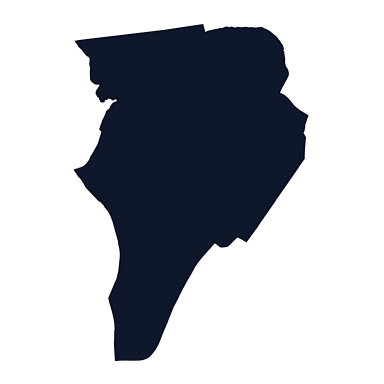 Sam Khok, Pathum Thani, Thailand (Natural Earth projection), rotated 269°
{"feature_id": "78962969B46863562743869", "entity_name": "Sam Khok", "entity_type": "district", "adm_level": 2, "iso_a3": "THA", "parent_name": "Thailand", "parent_adm1": "Pathum Thani", "projection": "natural_earth1", "projection_center": [100.554, 14.08], "detail": "fine", "context": "isolated", "style": "filled", "palette": "ink", "viewbox_px": 384, "rotation_deg": 269, "n_neighbors": 0, "source": "geoboundaries", "source_scale": "gbopen_adm2", "svg_char_len": 5922}
<svg xmlns="http://www.w3.org/2000/svg" viewBox="0 0 384 384"><g transform="rotate(269 192 192)"><path d="M341.4,80.6L340.5,81.2L340.0,81.4L339.7,81.5L336.9,84.4L336.0,85.2L333.8,86.7L333.3,86.9L332.6,87.7L330.9,89.0L330.4,89.6L330.1,90.1L328.9,91.9L328.6,92.1L327.7,92.5L325.6,92.7L324.1,92.6L322.8,92.4L322.1,92.2L321.9,92.2L321.0,92.4L319.6,92.6L317.5,93.1L315.9,93.0L314.1,92.6L313.1,92.6L312.2,92.8L311.6,92.8L310.9,92.6L310.6,92.6L310.3,92.7L306.1,92.9L305.8,93.0L305.4,93.4L304.9,94.0L304.2,94.5L304.0,94.4L303.9,94.4L303.8,94.8L303.1,95.8L302.7,96.6L302.4,96.5L302.1,96.9L301.9,97.7L301.8,99.0L301.8,100.7L301.3,101.8L301.0,102.8L300.9,103.0L300.7,103.0L300.5,102.9L300.3,102.3L300.1,102.1L298.6,101.4L298.3,101.1L297.7,100.5L297.2,100.3L296.4,100.1L296.2,99.9L295.8,99.3L295.5,99.0L293.9,98.3L293.4,98.2L292.8,98.2L292.7,98.1L292.2,98.1L291.9,98.3L291.2,98.7L290.8,98.8L289.4,99.5L288.8,100.1L288.4,101.0L287.8,101.5L287.3,101.4L286.7,101.4L286.3,101.6L286.1,101.9L286.0,102.2L286.0,103.1L285.9,103.0L285.5,102.5L285.2,102.3L284.9,102.3L284.3,102.4L284.1,102.6L284.0,102.8L283.9,103.7L283.8,105.2L284.4,105.7L284.6,105.6L284.7,105.4L284.9,105.4L285.2,105.4L285.7,105.5L286.0,106.3L286.0,106.6L286.0,106.8L286.0,107.1L286.1,107.4L286.1,107.6L286.5,108.4L286.6,108.7L287.2,109.6L287.8,109.9L288.1,109.9L288.2,110.1L288.2,110.4L288.0,110.6L287.8,110.8L287.4,111.2L287.2,112.0L287.3,112.7L287.2,113.0L286.2,113.5L286.0,113.8L285.8,114.4L285.8,114.8L285.9,115.2L286.5,116.2L286.6,116.4L286.6,117.0L286.7,117.7L287.2,118.1L287.6,118.2L287.7,118.4L287.7,118.7L287.5,118.9L287.1,119.0L285.5,119.0L284.6,119.1L283.3,119.5L283.2,118.3L283.0,117.0L282.7,116.2L282.1,115.2L281.2,114.1L280.4,113.5L279.7,113.0L279.0,112.7L278.7,112.1L278.0,112.1L277.1,111.9L276.1,111.0L275.2,109.8L274.3,108.6L273.4,108.0L271.0,107.3L269.3,106.3L265.9,104.8L265.4,104.3L262.6,103.4L258.1,101.6L256.2,101.1L254.3,103.3L253.6,103.2L242.3,99.5L240.9,98.9L235.1,95.6L231.2,93.2L228.3,91.3L227.4,91.1L226.2,90.6L224.6,89.6L221.5,87.0L220.1,85.6L219.1,84.2L218.2,82.2L216.1,75.1L209.5,79.2L209.2,79.5L209.0,80.0L206.9,81.8L203.9,83.5L202.4,84.5L199.5,86.0L197.9,87.1L184.7,99.2L184.6,99.4L184.8,100.2L184.7,100.4L182.9,101.8L180.7,103.9L178.3,105.2L175.0,107.9L172.3,109.5L170.1,110.5L167.7,111.4L164.4,112.6L144.3,117.8L140.5,118.2L136.3,119.1L131.1,119.5L128.7,119.4L119.0,118.3L113.8,117.6L106.3,115.7L103.1,114.1L87.4,107.2L82.6,108.2L73.1,110.8L66.2,112.2L63.0,112.7L56.9,113.0L53.0,112.5L49.5,112.5L46.6,112.4L42.2,112.0L25.1,112.7L25.4,118.8L25.1,132.2L25.1,136.5L25.4,138.8L25.9,140.9L27.0,143.9L28.2,146.0L30.2,148.0L32.7,150.2L35.7,152.4L40.8,155.4L41.0,155.4L42.3,156.1L49.3,158.9L55.7,161.7L57.3,162.4L60.9,164.0L62.5,164.8L65.1,165.7L71.3,168.4L75.1,169.9L77.4,170.9L79.2,171.9L82.5,173.8L84.0,174.5L85.2,175.2L86.5,175.8L87.1,176.2L89.0,177.1L95.3,180.4L105.3,186.1L106.7,187.1L107.7,187.6L109.3,188.7L112.2,190.3L118.1,193.6L118.6,194.1L120.9,195.6L124.6,198.6L127.0,200.7L128.6,202.0L131.1,204.5L132.6,205.7L133.7,206.7L135.6,208.7L137.5,210.2L141.4,213.9L138.8,217.1L137.3,219.0L136.9,219.6L136.7,220.1L136.7,220.8L137.1,225.4L137.5,226.5L137.8,227.0L138.4,227.6L139.4,228.8L140.2,229.7L144.2,233.8L146.0,235.7L146.5,236.3L146.6,236.5L146.4,237.1L144.4,241.0L141.6,245.4L148.9,250.8L150.0,251.8L150.3,251.9L151.7,252.9L152.0,253.2L152.4,253.4L155.1,255.6L156.5,256.6L159.2,258.4L160.0,258.9L162.2,260.6L163.4,261.4L164.2,262.1L165.5,262.9L169.2,265.6L177.2,271.4L179.0,272.7L180.5,273.7L182.6,275.2L183.6,275.8L187.0,278.4L188.6,279.4L192.6,282.4L193.7,283.0L194.1,283.5L195.6,284.5L198.5,286.7L200.5,288.0L202.9,289.8L207.9,293.4L210.0,294.9L210.7,295.5L211.3,295.7L212.4,296.7L213.1,297.1L213.5,297.4L215.3,298.7L216.4,299.3L219.0,301.3L220.6,302.4L223.2,304.4L223.7,304.6L226.3,304.6L226.8,304.6L227.5,304.6L227.9,304.7L231.5,304.8L233.8,305.1L235.1,305.1L236.9,305.4L237.9,305.5L239.9,305.7L241.7,305.8L242.7,306.0L244.5,306.1L244.8,306.0L245.9,305.6L248.3,304.0L248.7,303.9L249.0,303.8L250.4,304.2L251.5,304.9L252.1,305.0L253.3,305.2L254.0,305.4L256.2,305.7L256.7,305.6L257.4,305.6L257.9,305.7L259.0,306.2L259.1,306.3L259.6,306.6L260.7,306.9L261.0,307.0L261.5,307.2L262.7,307.6L263.5,307.7L264.0,307.9L264.4,308.3L266.3,308.9L268.9,304.8L271.3,300.9L273.9,297.7L275.3,296.2L276.5,295.0L281.3,291.3L283.3,289.6L285.1,287.7L286.3,286.4L287.2,285.1L287.9,284.0L288.8,282.0L289.3,280.6L294.4,283.1L305.8,289.5L306.5,289.9L307.6,290.1L308.5,290.2L309.5,290.2L312.6,289.4L313.2,289.1L314.1,288.4L315.2,287.8L316.2,287.4L318.7,286.7L320.0,286.6L322.4,286.7L323.5,286.7L328.4,286.1L329.3,285.8L330.4,286.0L330.6,285.9L330.8,285.7L330.9,285.2L331.1,285.0L331.6,284.7L331.9,284.8L332.8,285.2L333.0,285.6L333.4,285.5L333.4,285.2L333.7,285.1L333.9,285.1L334.0,285.4L334.2,285.5L334.9,285.2L335.7,285.1L336.5,284.8L337.4,284.5L338.3,283.8L338.9,283.1L340.5,282.4L341.6,281.7L341.9,281.1L342.4,280.7L342.7,280.5L343.1,280.5L343.3,280.4L344.1,279.6L344.9,279.2L345.2,279.0L348.3,275.3L349.5,274.0L349.6,273.6L350.3,273.1L350.5,272.9L351.2,271.7L352.0,270.7L352.5,269.6L353.0,268.7L354.2,265.8L354.7,265.3L354.9,264.8L355.0,264.5L354.9,261.9L354.6,259.2L354.5,258.0L354.6,257.2L354.9,256.2L354.9,255.6L355.0,254.0L355.0,252.6L354.9,252.0L354.9,251.5L355.4,249.3L355.4,248.7L355.4,248.1L355.2,245.7L355.1,244.5L355.2,243.1L355.5,241.5L355.5,240.4L355.4,239.8L355.0,238.8L354.8,238.1L354.9,237.7L355.3,236.6L355.6,235.3L356.0,234.2L355.9,233.8L355.3,233.0L355.2,232.7L355.2,232.4L355.7,231.2L355.8,230.7L356.0,229.7L356.0,229.0L355.8,228.2L355.0,226.0L354.6,224.8L354.6,224.3L354.7,223.6L354.7,223.1L354.5,222.4L354.0,220.2L353.5,216.5L353.0,215.0L352.7,213.2L352.2,211.1L352.0,210.1L350.8,208.7L350.5,208.0L350.6,207.8L351.3,207.5L354.1,206.7L356.2,206.2L358.9,205.6L357.7,196.2L353.8,166.6L345.6,85.6L345.1,81.4L344.9,80.1L344.7,78.5L344.2,78.6L343.9,78.8L341.9,80.4L341.4,80.6Z" fill="#0f172a" stroke="#020617" stroke-width="1.5"/></g></svg>